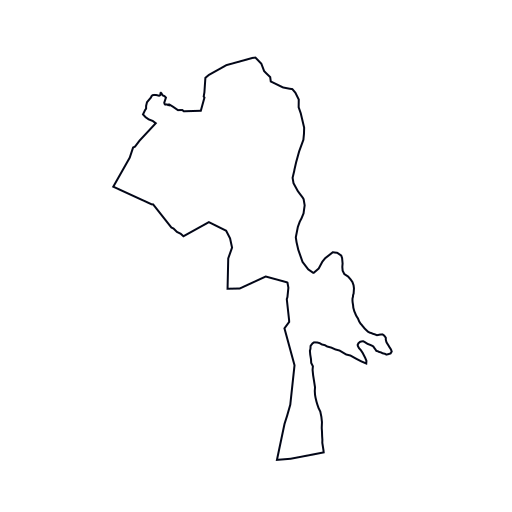 Odukpani, Cross River, Nigeria (Robinson projection), rotated 195°
{"feature_id": "59680162B36423706884187", "entity_name": "Odukpani", "entity_type": "district", "adm_level": 2, "iso_a3": "NGA", "parent_name": "Nigeria", "parent_adm1": "Cross River", "projection": "robinson", "projection_center": [8.065, 5.245], "detail": "fine", "context": "isolated", "style": "outline", "palette": "ink", "viewbox_px": 512, "rotation_deg": 195, "n_neighbors": 0, "source": "geoboundaries", "source_scale": "gbopen_adm2", "svg_char_len": 3567}
<svg xmlns="http://www.w3.org/2000/svg" viewBox="0 0 512 512"><g transform="rotate(195 256 256)"><path d="M402.8,329.0L403.4,318.6L403.5,318.0L411.8,286.0L370.2,278.9L368.7,279.2L345.1,261.6L342.8,261.2L338.6,258.8L334.5,258.0L331.2,256.3L310.3,276.5L291.4,272.7L285.6,266.3L281.3,257.9L282.2,246.5L275.0,217.0L263.3,220.4L241.3,238.7L219.4,238.6L218.7,238.4L216.5,233.7L215.0,224.4L215.1,222.3L207.5,202.8L206.9,200.9L209.8,193.5L190.5,160.4L184.4,121.2L184.6,109.7L185.0,101.3L183.0,64.5L170.1,69.1L139.8,83.8L140.5,85.7L143.6,92.7L144.3,95.6L145.5,99.1L146.8,103.4L148.0,106.9L149.3,112.6L151.2,117.5L153.7,122.5L154.2,123.0L156.2,125.3L158.1,128.1L158.8,129.2L159.9,131.0L161.8,134.5L163.1,137.3L164.3,140.9L165.0,144.4L167.5,150.1L170.0,155.7L171.9,160.7L172.5,164.2L175.0,167.0L176.2,170.6L178.1,174.8L179.4,178.4L179.4,179.4L179.4,180.5L179.8,182.3L180.0,183.3L179.4,184.8L178.8,186.2L177.6,187.6L174.5,188.3L172.0,188.3L169.5,187.6L166.4,187.7L163.9,187.0L159.5,187.0L155.2,186.3L150.8,186.3L143.4,184.2L139.0,184.3L133.5,182.9L133.4,182.9L132.7,182.7L127.2,181.5L125.2,181.2L121.7,180.7L122.2,183.3L124.1,185.8L126.0,187.9L127.9,190.0L130.4,192.2L132.6,193.6L134.2,195.3L134.8,196.4L134.5,198.2L133.3,200.0L132.1,200.7L130.5,201.4L129.0,201.1L126.8,200.4L125.5,200.0L122.7,199.7L120.8,199.4L119.3,199.0L117.7,197.6L116.4,196.6L115.2,195.5L113.6,195.5L112.5,195.2L111.7,195.2L110.6,195.2L110.2,195.2L108.6,194.8L106.1,194.9L104.6,194.5L103.0,195.3L100.8,196.7L100.2,198.8L100.9,199.9L101.2,200.3L102.1,201.3L103.4,202.4L103.5,202.5L104.8,203.8L105.9,204.8L107.5,206.3L108.4,207.7L109.1,209.1L109.4,210.5L110.6,211.6L112.2,212.6L113.5,213.0L114.7,212.6L115.9,212.2L117.2,211.5L118.7,210.8L121.2,211.1L122.8,211.1L124.7,211.4L126.2,211.4L128.1,211.8L130.0,212.8L132.5,214.2L133.4,214.9L135.0,216.0L136.3,217.0L137.5,217.7L139.4,219.5L140.1,220.4L140.8,221.3L141.3,222.0L143.2,223.7L143.9,224.5L144.8,225.5L145.0,225.9L146.7,228.0L148.6,231.2L149.5,233.6L150.8,236.5L151.4,238.3L151.8,240.0L151.8,241.8L152.0,242.9L152.1,243.2L152.0,245.0L152.3,246.6L153.0,250.1L154.2,253.0L156.1,255.8L158.6,257.9L161.7,260.0L166.0,261.4L168.5,264.2L169.8,267.8L170.4,271.1L172.3,276.3L173.8,278.5L175.8,279.2L178.3,280.1L179.2,280.0L180.4,279.8L182.8,279.5L185.4,276.0L188.6,271.8L190.4,267.8L192.2,260.1L195.9,254.7L196.5,254.6L202.1,256.6L209.5,262.3L216.8,273.0L220.4,279.8L221.9,283.2L222.4,284.4L223.1,294.9L222.6,300.6L221.8,304.1L221.1,309.5L221.6,313.3L222.1,317.5L224.7,323.2L225.9,324.4L227.8,325.9L230.0,327.6L232.5,329.6L238.6,336.0L240.9,341.0L241.1,348.3L241.2,348.9L241.5,357.0L241.4,368.3L240.3,380.5L241.3,386.5L242.7,392.4L249.7,405.4L253.3,410.7L255.2,418.2L260.2,423.9L264.1,426.6L267.5,426.2L267.8,426.2L273.5,425.8L274.6,426.0L286.9,428.4L288.6,432.5L293.5,435.2L296.0,436.7L300.6,443.1L307.9,447.5L310.7,446.4L334.0,432.7L348.4,418.7L351.0,415.0L348.2,400.7L347.8,396.5L346.8,395.7L346.9,382.0L363.2,377.1L364.9,377.9L369.2,376.7L374.8,378.7L378.2,379.7L378.6,379.2L379.0,379.4L379.4,379.2L379.6,379.7L380.1,379.4L380.4,379.2L380.6,379.3L380.9,379.2L381.4,379.3L382.7,378.8L383.1,378.8L383.5,379.1L384.0,379.8L384.3,380.4L384.0,385.7L385.5,386.6L386.1,386.8L387.1,386.9L387.6,387.0L388.0,387.2L389.5,388.7L390.1,389.0L390.4,388.6L390.1,387.5L390.3,386.4L391.1,385.7L393.8,385.7L396.1,385.2L397.6,384.5L398.3,383.3L398.5,381.9L400.1,378.5L401.1,376.3L401.0,372.6L400.7,371.4L400.3,369.9L400.9,368.3L401.8,363.5L398.6,361.5L395.0,360.2L390.7,359.7L387.2,358.3L398.3,337.4L401.2,330.3L402.8,329.0Z" fill="none" stroke="#020617" stroke-width="2"/></g></svg>